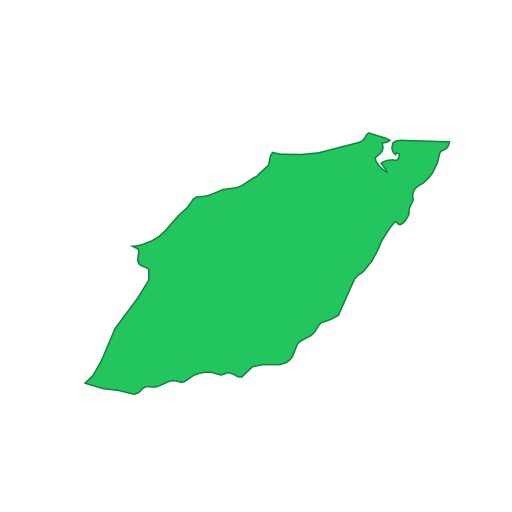 Rocha, Mercator projection, rotated 210°
{"feature_id": "URY-22", "entity_name": "Rocha", "entity_type": "Department", "adm_level": 1, "iso_a3": "URY", "parent_name": "Uruguay", "parent_adm1": "", "projection": "mercator", "projection_center": [-54.149, -33.966], "detail": "fine", "context": "isolated", "style": "filled", "palette": "green", "viewbox_px": 512, "rotation_deg": 210, "n_neighbors": 0, "source": "natural_earth", "source_scale": "10m", "svg_char_len": 2314}
<svg xmlns="http://www.w3.org/2000/svg" viewBox="0 0 512 512"><g transform="rotate(210 256 256)"><path d="M340.5,60.4L337.4,71.0L337.5,88.0L341.8,122.7L337.4,160.8L336.8,181.5L342.2,191.0L346.2,191.0L349.6,190.4L352.8,190.4L356.0,192.6L357.8,196.4L359.2,200.5L361.6,203.1L367.8,202.7L364.5,205.0L360.9,208.2L353.9,216.8L349.7,224.5L347.2,232.6L343.4,251.9L339.7,263.5L338.7,274.2L336.9,277.5L330.1,282.2L326.9,285.2L317.5,297.3L307.1,305.3L303.8,309.3L296.9,322.9L295.1,325.3L294.6,327.9L290.5,341.3L293.6,349.8L293.4,354.0L285.5,356.5L267.6,366.5L253.4,376.6L224.0,405.5L221.6,408.7L220.8,412.7L220.9,416.3L219.9,418.9L202.3,422.9L197.9,423.2L198.7,421.2L199.9,419.7L203.2,416.7L201.9,415.5L200.6,414.0L199.7,412.3L199.3,410.3L199.6,407.3L201.5,401.6L202.0,400.7L199.2,397.8L193.9,395.5L188.4,394.2L184.6,394.1L186.8,395.7L194.0,398.9L192.4,401.8L189.3,405.1L185.7,407.6L182.7,408.7L181.5,410.2L181.5,413.4L182.9,415.9L186.1,415.4L185.8,413.5L188.7,414.2L192.2,417.2L194.0,422.3L192.5,425.3L188.9,428.3L145.6,451.6L145.6,451.4L144.7,448.9L144.5,447.6L144.6,445.8L145.3,443.4L146.1,442.1L147.6,440.1L148.1,439.1L148.3,438.0L148.2,436.7L145.6,428.0L145.2,425.4L144.7,416.0L145.3,410.8L146.9,404.7L147.6,403.0L150.5,397.8L151.4,395.4L151.8,394.1L152.0,392.4L151.8,390.5L151.0,387.7L150.2,386.1L148.6,384.1L147.9,383.1L147.6,381.4L147.2,375.2L146.8,373.1L146.2,371.7L144.8,369.8L144.4,368.1L144.2,365.8L144.5,361.2L145.0,358.4L146.4,355.5L147.7,354.8L149.1,354.8L150.2,355.3L151.2,355.5L152.1,355.3L152.5,354.9L153.0,354.1L154.0,347.6L154.7,333.5L154.3,328.2L153.6,324.2L153.1,309.8L155.1,297.0L155.4,295.7L155.9,294.5L158.1,290.0L158.5,288.7L159.0,286.2L159.1,285.1L155.0,245.8L159.7,238.2L165.6,231.5L166.4,230.0L166.9,227.3L167.2,220.4L167.9,216.6L168.6,214.7L169.3,213.3L170.6,211.7L174.8,204.6L175.7,202.1L176.0,200.1L174.1,186.9L175.0,182.1L176.8,178.5L180.9,173.9L196.4,164.9L203.7,158.3L207.8,144.0L211.2,142.4L215.8,142.4L220.4,141.6L221.7,140.9L222.9,140.0L223.8,139.0L224.6,137.5L226.9,135.4L237.0,132.8L241.7,130.0L246.3,126.2L250.2,121.6L255.1,111.4L257.1,109.4L263.7,107.5L268.2,104.5L274.3,96.0L277.7,92.1L280.4,90.6L285.0,88.6L287.0,86.4L288.0,84.0L288.6,81.3L289.5,78.7L291.6,76.2L292.7,75.2L308.0,70.8L322.1,64.7L340.3,60.4L340.5,60.4Z" fill="#22c55e" stroke="#15803d" stroke-width="1.5"/></g></svg>